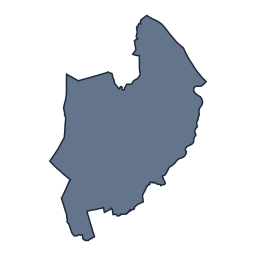 Cang Long, Trà Vinh, Vietnam (Equal Earth projection)
{"feature_id": "81297802B14177599577280", "entity_name": "Cang Long", "entity_type": "district", "adm_level": 2, "iso_a3": "VNM", "parent_name": "Vietnam", "parent_adm1": "Trà Vinh", "projection": "equal_earth", "projection_center": [106.203, 9.971], "detail": "fine", "context": "isolated", "style": "filled", "palette": "slate", "viewbox_px": 256, "rotation_deg": 0, "n_neighbors": 0, "source": "geoboundaries", "source_scale": "gbopen_adm2", "svg_char_len": 5648}
<svg xmlns="http://www.w3.org/2000/svg" viewBox="0 0 256 256"><path d="M183.4,47.9L182.8,47.5L177.6,43.1L175.5,40.8L168.7,32.7L165.4,28.3L163.7,26.3L161.6,24.1L159.3,22.3L156.6,20.7L155.7,20.3L154.6,19.9L149.2,17.0L146.8,15.4L141.9,19.2L141.3,19.5L141.0,19.9L140.8,20.3L140.2,22.3L140.5,22.7L140.8,23.8L139.9,23.7L139.7,23.8L138.9,23.9L138.6,23.9L138.4,24.3L138.2,25.4L138.1,26.3L137.1,26.4L136.6,27.5L137.2,28.4L136.5,29.4L137.4,32.0L136.7,34.1L136.4,35.2L136.3,36.8L136.5,37.7L136.7,38.0L137.7,38.7L136.9,39.1L134.4,40.6L134.7,42.9L135.9,49.5L135.6,50.1L132.7,54.3L136.2,55.4L136.7,55.5L139.4,55.7L139.3,57.6L139.4,60.0L139.4,67.8L139.6,70.3L139.8,71.8L140.1,74.1L140.0,74.8L139.8,75.3L137.7,78.3L137.1,78.8L134.6,80.1L134.0,80.6L133.3,81.3L132.8,81.8L131.9,83.8L131.7,84.0L131.3,84.2L126.8,84.2L124.8,87.6L124.3,89.4L123.8,90.0L123.7,90.1L123.4,90.1L122.8,89.7L122.1,89.5L122.1,89.3L121.9,88.2L122.1,87.9L122.1,87.3L122.0,87.1L121.9,86.9L121.5,86.7L120.8,86.6L120.6,86.7L120.0,87.5L119.4,88.7L119.2,88.8L118.5,88.4L116.3,85.4L115.3,84.3L114.9,83.7L114.7,83.1L114.2,81.2L113.9,79.9L112.9,77.5L112.6,76.2L112.2,74.5L112.1,73.9L111.9,73.6L111.8,73.4L111.6,73.3L110.2,73.2L109.9,73.1L108.6,72.1L108.2,72.0L107.8,72.1L106.6,72.7L105.8,73.0L105.3,73.1L99.1,74.9L96.9,75.6L94.8,76.1L92.9,76.7L91.3,77.1L90.9,77.3L90.4,77.6L89.3,77.7L78.2,80.8L75.2,79.0L66.6,74.2L66.5,75.2L66.5,77.9L66.4,82.2L66.5,87.8L66.3,94.9L66.3,95.6L65.9,97.2L65.6,99.5L65.3,100.9L64.8,102.6L64.1,105.6L63.9,106.6L63.6,107.5L64.2,111.2L64.5,112.3L64.7,113.5L64.7,114.1L64.5,114.7L64.5,115.0L64.6,115.4L65.3,116.5L65.5,116.9L65.6,117.3L65.6,117.7L65.6,119.7L65.2,123.9L65.1,124.7L65.0,127.2L64.9,129.3L64.8,130.7L64.7,132.2L64.3,137.1L64.1,137.8L63.8,138.4L62.8,140.1L61.7,142.2L60.3,144.7L59.9,145.7L59.1,146.9L58.0,149.1L56.2,151.8L50.4,160.3L50.2,160.7L49.8,161.1L50.3,161.5L51.7,163.2L55.9,167.3L57.7,169.0L60.0,170.9L61.8,172.5L62.1,172.9L63.9,174.5L70.4,179.8L70.0,180.8L69.6,180.5L68.5,183.1L68.3,183.4L66.2,188.4L64.4,192.2L61.7,198.0L61.4,198.2L61.8,199.5L62.3,200.7L62.6,202.3L62.9,202.7L63.3,203.9L64.3,207.5L64.9,209.2L65.5,211.6L66.3,213.4L66.4,213.8L66.6,214.9L66.6,215.9L66.8,216.7L66.7,217.5L67.4,219.3L67.4,219.6L67.1,221.1L67.1,221.8L67.1,222.0L67.3,222.2L68.6,223.9L69.0,224.5L69.5,225.9L69.9,227.2L70.2,228.1L71.1,230.5L71.8,232.8L72.5,233.7L73.0,234.5L73.8,235.4L74.4,235.9L75.4,235.8L77.4,235.7L77.7,235.5L78.3,235.0L78.9,234.9L79.2,234.8L79.6,234.9L80.8,235.3L81.0,235.2L82.1,234.8L82.6,235.5L82.8,236.0L82.8,236.9L82.6,237.5L82.6,238.1L82.7,238.5L83.0,238.8L83.8,239.6L84.6,240.1L85.0,240.1L85.2,240.4L86.6,240.4L87.8,240.6L88.3,240.6L89.1,239.7L89.5,239.4L91.8,238.3L93.0,237.4L93.6,237.3L94.0,237.2L94.5,236.7L94.4,236.2L94.0,235.3L92.6,231.0L92.2,229.6L92.2,229.2L90.6,224.2L89.8,221.3L89.4,219.9L88.4,216.4L87.8,214.7L86.9,211.4L88.8,210.8L92.3,210.0L95.2,209.6L102.3,208.0L103.4,207.6L103.9,210.2L104.0,210.5L104.4,212.4L107.7,210.7L110.6,209.2L111.6,208.2L112.2,209.6L112.4,210.4L113.0,214.5L114.4,214.5L115.8,214.3L116.4,214.8L116.7,214.9L117.0,215.1L117.2,215.4L117.3,215.9L118.2,215.9L118.9,215.8L119.4,215.7L119.9,215.4L120.7,214.7L120.8,214.3L121.8,214.3L126.2,214.0L126.3,214.0L126.4,213.7L127.4,213.2L127.6,213.2L127.6,212.5L129.2,211.7L129.5,211.6L129.2,210.7L130.3,209.8L130.5,210.7L132.7,209.4L133.2,209.1L133.3,209.2L133.8,208.9L134.0,209.2L134.4,208.7L134.3,207.4L137.2,204.7L139.3,203.6L140.6,203.0L141.7,202.6L143.2,201.9L143.1,200.1L142.5,196.4L142.5,195.8L142.8,194.6L143.3,193.7L143.6,193.1L144.1,192.0L144.7,191.0L145.5,189.5L146.1,188.2L146.3,187.4L146.5,187.0L147.2,186.4L147.5,185.9L148.0,185.3L148.2,184.8L148.4,184.6L148.6,184.5L148.8,184.4L149.4,184.7L149.6,184.7L149.8,184.1L149.8,183.8L149.6,182.7L149.8,182.6L150.3,182.2L151.1,182.5L151.5,182.6L152.1,182.1L152.4,182.0L152.5,182.1L153.3,183.0L153.6,183.1L154.1,182.8L154.5,182.6L154.7,182.4L155.1,182.4L155.3,182.5L155.8,183.2L156.1,183.5L156.6,183.8L157.8,184.2L158.2,184.3L159.1,184.4L160.0,184.4L160.2,184.5L160.5,184.7L160.6,185.3L160.8,185.6L161.0,185.7L161.8,185.1L162.6,184.7L163.1,184.5L163.6,184.5L164.3,184.7L164.8,184.1L165.2,183.3L165.2,183.0L165.2,182.7L164.6,181.5L164.2,180.9L163.6,179.5L163.5,178.9L162.9,177.6L162.5,176.9L162.4,176.4L162.5,176.1L162.9,175.7L163.9,175.6L164.3,175.4L164.8,175.0L165.3,174.6L166.3,173.0L167.4,171.0L168.3,169.0L168.7,168.3L169.4,167.3L169.9,166.7L170.4,166.3L171.0,166.0L172.2,165.5L172.6,165.2L175.6,162.3L176.2,161.2L177.5,159.8L178.2,159.2L178.8,158.9L180.0,158.4L181.8,157.8L184.0,156.7L184.4,156.3L184.8,155.8L185.7,154.2L186.2,153.1L186.4,152.3L186.4,151.7L185.5,150.1L185.3,149.5L185.4,148.7L185.6,148.2L186.1,147.6L187.2,146.6L188.2,145.9L189.7,145.3L191.0,144.6L191.9,144.1L192.9,143.1L193.2,142.7L193.4,142.2L193.7,140.7L193.9,138.8L194.0,138.2L194.1,137.9L194.4,137.3L194.7,136.7L195.5,135.8L195.8,135.3L195.9,135.0L195.8,134.7L195.7,134.2L194.8,132.4L194.7,131.8L194.9,130.4L195.1,129.7L195.5,128.9L195.8,128.4L196.8,127.5L197.2,126.9L197.3,126.5L197.2,125.7L196.6,123.7L196.6,122.6L196.7,122.3L196.9,121.7L197.5,120.7L198.0,119.8L198.1,119.4L198.1,118.3L198.3,117.5L199.1,115.2L199.2,114.6L199.2,114.1L199.1,113.5L199.0,111.5L199.0,110.6L199.1,109.6L199.5,108.5L200.9,106.3L202.1,104.5L202.5,102.9L202.5,102.0L202.5,101.0L201.7,98.9L200.8,97.4L200.4,96.8L200.1,96.6L198.3,95.6L196.9,94.6L195.6,93.5L194.8,92.6L194.3,91.9L193.8,90.8L193.7,90.0L193.7,89.1L193.8,88.4L194.2,87.7L194.6,87.2L195.4,86.5L196.4,86.2L197.0,86.2L199.7,86.3L200.8,86.2L201.5,85.9L202.3,85.4L203.3,84.6L205.3,82.6L206.2,81.5L202.4,77.9L196.7,71.0L188.7,58.7L185.5,52.6L183.4,47.9Z" fill="#64748b" stroke="#1e293b" stroke-width="1.5"/></svg>